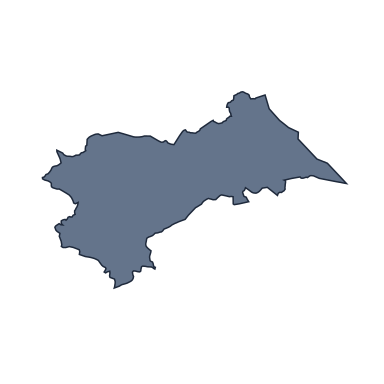 Paulistana, Piauí, Brazil, rotated 12°
{"feature_id": "56859067B88497149636912", "entity_name": "Paulistana", "entity_type": "district", "adm_level": 2, "iso_a3": "BRA", "parent_name": "Brazil", "parent_adm1": "Piauí", "projection": "mercator", "projection_center": [-41.167, -8.128], "detail": "fine", "context": "isolated", "style": "filled", "palette": "slate", "viewbox_px": 384, "rotation_deg": 12, "n_neighbors": 0, "source": "geoboundaries", "source_scale": "gbopen_adm2", "svg_char_len": 4652}
<svg xmlns="http://www.w3.org/2000/svg" viewBox="0 0 384 384"><g transform="rotate(12 192 192)"><path d="M249.5,189.7L247.5,187.6L246.1,185.8L243.8,185.5L242.8,183.9L241.6,181.9L241.7,180.7L242.8,179.7L243.2,178.4L243.4,176.7L246.5,177.9L250.3,179.7L252.0,180.1L253.6,180.0L254.9,179.8L256.4,178.8L257.7,177.4L258.7,175.8L259.9,173.6L264.7,171.8L276.3,177.6L276.6,175.4L277.8,174.1L279.7,173.8L280.5,172.8L281.8,171.6L282.5,169.8L282.0,168.6L281.9,167.2L281.6,165.1L281.5,163.1L281.1,161.5L279.8,161.2L286.7,158.0L294.6,154.8L295.5,155.6L296.6,155.7L298.2,155.2L299.4,154.5L300.6,153.8L301.9,153.9L302.8,152.9L303.7,151.9L304.9,151.2L306.1,151.1L307.3,150.9L313.7,152.2L330.5,151.9L333.5,151.8L335.3,151.7L338.0,151.7L341.3,151.6L334.3,146.7L318.4,135.7L307.4,133.8L284.7,118.1L283.6,111.4L273.0,108.9L267.5,106.1L262.8,103.8L250.2,94.6L243.3,81.9L234.9,86.8L234.3,87.8L232.9,87.9L231.7,88.2L230.1,88.7L228.4,86.9L227.8,85.4L226.4,84.6L225.2,84.4L224.0,84.3L222.6,83.8L221.5,83.5L220.4,83.5L218.9,84.2L217.7,85.5L216.4,86.0L215.4,87.3L214.2,88.2L213.0,89.1L213.3,91.4L213.4,92.5L213.1,93.8L211.8,94.5L210.9,96.2L208.9,97.1L208.3,98.9L208.2,100.5L208.3,101.9L209.9,101.5L211.0,102.2L211.4,103.9L212.2,105.7L213.5,107.0L214.0,108.4L214.8,109.7L213.2,110.1L212.4,111.4L211.2,112.5L210.6,113.5L210.6,114.9L209.3,115.8L208.0,116.6L207.1,118.1L205.3,119.0L203.7,119.6L202.1,119.4L199.8,118.7L198.5,118.5L197.8,117.5L195.9,119.1L187.0,128.5L186.9,129.7L186.0,131.1L184.3,132.5L183.4,133.7L182.3,133.9L181.2,134.0L179.7,134.1L178.1,134.4L176.8,134.1L175.4,134.4L174.3,134.1L172.7,132.6L171.6,133.1L170.7,134.0L169.9,135.4L168.2,139.4L164.5,149.4L161.3,149.6L158.2,149.0L156.9,147.8L155.7,147.2L154.6,147.8L153.8,148.9L152.7,149.4L151.5,149.7L148.4,148.9L139.6,146.0L133.9,147.1L131.6,148.3L129.0,149.2L125.6,150.0L123.4,150.2L113.3,149.4L107.4,149.0L92.3,155.7L88.2,154.7L86.0,155.4L84.7,156.1L83.3,157.1L81.6,158.3L80.1,159.7L79.3,160.9L78.5,162.3L79.4,168.1L78.4,169.3L78.6,171.2L78.7,172.4L79.5,173.7L78.5,174.6L77.4,175.9L75.9,176.5L74.9,177.5L74.4,179.0L72.7,179.7L70.8,180.1L69.5,181.2L68.2,182.1L66.9,182.4L65.6,182.4L62.1,183.0L60.7,182.7L58.8,182.1L57.4,180.8L51.1,179.2L51.5,180.7L54.3,184.5L55.4,186.0L56.2,187.2L57.9,190.7L56.4,192.7L55.1,193.9L54.1,194.6L52.9,195.0L51.5,195.7L50.4,196.6L49.9,197.8L49.5,199.9L48.6,202.0L47.4,204.1L45.5,205.3L44.9,207.0L44.1,208.2L42.7,208.9L43.1,210.2L45.3,210.9L47.5,211.0L49.0,211.1L50.6,211.6L51.8,212.1L52.7,213.0L52.9,214.5L53.5,216.1L55.1,216.8L59.4,217.2L61.6,216.7L66.2,218.2L69.7,219.4L72.6,220.5L75.2,222.5L76.9,224.6L78.0,226.2L78.5,227.3L80.3,227.8L82.8,225.9L82.9,227.7L82.7,230.0L81.9,232.3L81.7,233.5L81.1,234.8L81.5,236.6L82.3,238.2L80.5,239.5L80.0,241.2L78.7,241.7L77.5,241.5L76.1,242.4L75.5,244.5L74.6,245.8L73.6,245.2L72.4,245.7L71.2,246.4L70.1,247.5L70.4,249.0L71.0,250.3L72.3,251.1L70.5,251.3L68.6,250.6L66.4,252.8L65.6,253.8L65.2,255.0L66.7,257.5L68.2,258.6L71.4,259.9L71.4,262.9L74.3,267.4L75.6,270.7L75.5,272.4L77.3,273.1L80.0,272.6L83.3,270.9L87.3,270.9L93.7,271.9L94.6,273.6L94.8,276.5L101.0,277.3L104.8,277.1L107.2,277.1L110.2,277.3L113.0,277.9L114.6,278.4L115.8,279.5L117.3,280.9L119.0,282.4L120.6,283.3L123.1,283.9L123.8,285.0L123.3,287.0L122.7,288.5L124.3,289.1L125.8,287.7L128.0,286.6L128.6,288.4L128.8,291.2L129.6,292.6L131.1,292.8L134.3,293.3L135.5,295.6L135.8,297.2L135.9,299.0L136.0,300.8L135.9,302.1L140.5,299.2L142.5,297.3L145.2,295.9L147.4,294.7L149.9,292.7L151.2,291.5L152.0,290.2L152.4,288.6L152.4,286.8L151.5,285.5L150.8,283.9L150.4,282.8L151.1,281.4L153.1,281.1L154.7,281.2L156.0,281.2L157.5,281.0L158.3,280.0L158.1,278.0L158.2,275.6L159.0,274.8L160.2,274.6L162.0,274.4L164.1,274.4L165.8,274.1L167.8,273.8L169.1,274.0L170.2,274.7L171.7,275.1L171.8,273.3L170.3,273.0L169.5,271.6L168.8,270.0L167.9,268.7L166.3,268.4L165.3,267.9L164.6,266.1L164.1,264.7L163.9,263.4L164.1,261.0L164.2,259.6L164.1,258.0L162.7,257.4L160.5,256.2L159.1,255.2L158.3,254.4L157.7,253.1L157.5,252.0L157.5,250.6L157.5,249.3L157.4,247.9L157.4,246.7L158.2,245.8L159.1,245.0L160.5,244.2L162.5,242.8L163.6,241.3L164.5,239.9L167.0,239.1L168.8,238.0L170.4,237.4L171.4,236.1L172.4,234.0L173.7,233.2L176.3,231.4L178.0,229.9L179.1,228.5L182.0,226.1L183.0,225.5L185.0,224.0L187.6,222.3L191.0,220.2L192.0,218.1L193.3,215.4L198.8,206.5L199.8,205.7L203.8,201.9L204.5,200.0L205.6,198.3L206.9,197.0L207.8,196.1L209.4,194.9L210.8,195.0L212.3,195.0L214.2,195.2L216.8,194.5L217.6,193.3L218.2,192.3L219.0,191.2L220.1,189.7L221.5,188.7L224.4,188.7L226.4,188.7L228.2,188.8L229.7,188.8L231.2,188.2L233.2,188.1L234.8,195.1L235.9,195.6L240.8,193.7L249.5,189.7Z" fill="#64748b" stroke="#1e293b" stroke-width="1.5"/></g></svg>